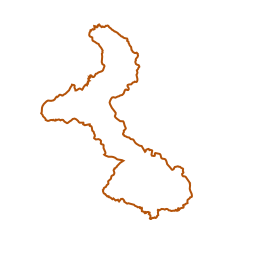 Sintang, Kalimantan Barat, Indonesia, rotated 44°
{"feature_id": "22746128B74245273608062", "entity_name": "Sintang", "entity_type": "district", "adm_level": 2, "iso_a3": "IDN", "parent_name": "Indonesia", "parent_adm1": "Kalimantan Barat", "projection": "albers", "projection_center": [111.256, 0.194], "detail": "fine", "context": "isolated", "style": "outline", "palette": "amber", "viewbox_px": 256, "rotation_deg": 44, "n_neighbors": 0, "source": "geoboundaries", "source_scale": "gbopen_adm2", "svg_char_len": 5798}
<svg xmlns="http://www.w3.org/2000/svg" viewBox="0 0 256 256"><g transform="rotate(44 128 128)"><path d="M210.5,171.8L210.0,170.9L210.3,169.7L208.0,167.8L207.6,166.9L206.5,166.4L206.4,166.0L207.8,165.2L208.4,162.9L210.0,161.6L211.2,161.1L211.5,160.0L212.1,159.3L212.8,158.9L214.7,158.8L215.6,158.0L216.7,157.7L218.3,155.7L219.2,155.0L219.1,153.8L219.3,153.6L219.9,153.4L220.6,153.6L221.1,153.1L221.6,151.9L220.1,151.4L219.9,150.8L220.3,150.5L221.1,150.5L221.6,150.1L221.8,148.6L223.0,147.2L223.1,146.6L222.7,145.9L221.6,145.6L221.3,145.2L221.5,144.5L222.2,143.7L222.1,142.7L223.0,140.7L221.4,139.2L220.8,138.2L221.2,135.8L220.9,134.7L221.6,133.5L221.6,133.0L220.7,132.0L219.4,131.1L216.6,130.0L214.7,128.9L212.3,125.9L211.0,125.1L210.9,124.6L203.5,123.1L202.4,123.4L201.3,124.4L200.3,124.4L199.4,124.0L198.8,123.4L198.9,121.9L198.7,121.4L197.4,120.9L196.1,119.2L195.6,119.1L194.1,119.7L192.4,119.8L191.6,120.5L190.5,120.9L188.8,123.5L188.8,124.1L189.4,125.8L189.1,127.1L188.5,127.5L185.7,127.1L181.4,126.8L178.6,125.2L176.8,124.6L175.8,124.9L174.0,126.2L173.1,126.4L172.2,126.1L170.2,124.8L168.9,124.6L165.2,126.9L165.0,127.6L166.2,128.9L166.5,129.6L165.9,130.3L164.4,131.3L163.4,130.9L161.2,127.5L160.7,127.4L159.2,128.2L158.8,129.0L157.4,128.7L157.1,129.0L156.2,130.9L156.3,131.6L156.9,132.6L156.8,133.3L150.3,131.5L148.6,132.7L145.0,133.5L143.2,133.5L140.2,132.7L139.4,132.8L137.6,134.1L135.6,134.0L133.7,135.2L132.4,135.5L130.9,136.2L130.1,135.9L129.0,136.1L128.3,135.4L127.8,133.7L126.8,132.8L127.0,130.8L126.6,129.7L123.9,128.6L120.9,126.8L119.8,126.6L117.6,128.5L113.8,129.0L111.5,129.1L110.3,128.6L109.5,126.6L108.5,125.6L102.4,124.7L98.7,123.4L97.1,122.5L96.3,121.0L95.6,118.9L95.4,117.2L96.0,116.1L97.9,114.9L98.7,112.6L99.5,111.3L99.7,110.1L100.9,108.2L100.9,106.2L99.6,103.2L99.5,102.3L99.9,101.6L101.1,101.2L101.7,100.6L101.6,99.6L101.2,99.2L100.6,98.8L98.7,98.3L98.2,97.9L97.9,97.2L98.5,96.0L100.0,94.3L99.9,92.0L100.6,90.7L100.6,90.0L102.0,89.2L102.2,88.3L101.5,87.0L100.6,86.1L97.2,83.9L96.8,82.5L96.2,81.5L94.3,80.4L94.3,78.8L93.6,77.1L93.7,76.3L93.3,75.8L92.0,75.4L90.5,76.2L89.2,76.4L87.6,75.6L87.0,74.9L86.7,73.8L85.9,73.3L85.6,72.3L85.5,70.2L84.9,68.9L84.0,68.5L83.7,67.9L81.9,67.8L81.4,68.8L80.5,69.5L78.3,69.9L77.2,69.4L76.3,69.4L74.0,67.6L71.8,67.4L70.1,66.6L69.4,66.5L68.3,65.6L66.8,65.9L66.3,64.8L65.3,64.3L62.9,65.8L61.8,66.2L60.6,66.1L59.8,66.7L58.7,66.8L56.9,66.7L56.4,67.0L54.5,66.8L51.8,67.5L51.3,67.9L49.0,68.1L48.5,68.4L46.7,68.3L44.4,68.6L43.0,68.2L42.2,68.4L41.7,69.4L41.1,69.8L41.0,71.6L40.7,72.0L40.0,72.2L39.5,72.9L39.0,72.9L38.8,73.8L37.9,73.7L36.8,73.9L36.2,73.7L35.7,74.4L35.2,74.0L35.0,74.9L35.6,75.9L35.5,76.3L35.8,76.6L35.7,77.2L35.0,77.6L34.5,77.1L32.9,78.1L35.2,79.9L34.9,81.1L33.9,81.5L33.7,83.0L33.4,83.3L33.7,83.9L33.3,84.0L33.8,84.9L34.1,86.1L35.5,88.1L36.8,88.6L39.4,87.7L41.3,89.4L42.0,89.7L44.5,89.0L46.7,88.7L48.5,88.0L50.1,88.6L53.1,89.0L56.0,89.9L56.3,90.7L57.4,91.5L57.6,92.7L59.9,94.6L63.3,98.8L65.2,99.8L67.2,99.4L68.1,99.8L69.8,103.6L69.9,104.4L69.7,105.5L68.1,108.6L67.9,110.3L67.2,111.4L67.9,113.9L67.9,115.1L67.3,115.8L65.2,115.7L64.5,116.0L64.3,116.3L64.6,117.5L65.0,117.9L64.7,118.1L65.1,118.2L65.1,118.5L65.3,118.3L65.2,118.8L65.6,118.7L65.3,120.0L65.7,120.1L65.7,120.4L66.5,120.6L66.6,120.9L67.3,120.8L67.1,121.2L67.3,122.0L67.0,122.4L67.4,122.7L67.3,122.9L67.6,123.2L67.3,123.2L67.6,124.0L67.4,124.3L67.9,124.0L68.0,124.7L68.0,124.1L68.3,124.3L68.1,125.1L68.3,125.3L67.8,125.3L67.6,126.0L67.9,126.5L67.5,126.7L67.4,127.3L67.7,129.6L68.3,131.2L68.4,132.4L66.6,132.8L65.8,133.2L65.4,134.1L64.8,136.7L64.1,137.5L63.2,136.8L61.5,136.2L60.2,134.6L59.3,134.6L57.6,135.8L58.1,136.5L58.4,138.7L59.4,141.8L59.2,146.9L58.5,149.0L58.5,150.0L58.0,150.5L56.8,150.8L55.9,151.4L55.7,151.8L55.8,153.8L55.6,154.9L55.0,155.0L54.9,155.9L55.4,158.4L55.1,160.0L53.8,161.9L51.4,163.8L50.9,165.3L50.8,169.2L51.3,171.6L52.1,173.2L55.0,176.6L55.3,177.7L57.3,177.9L58.7,178.6L61.7,178.6L62.8,179.0L63.2,179.4L65.2,178.7L66.0,177.9L66.7,176.2L67.8,174.9L68.4,174.7L68.6,174.0L69.8,173.8L70.5,173.3L70.8,172.8L70.3,172.2L71.5,171.3L72.4,169.8L74.1,169.4L74.3,168.6L75.1,167.7L75.7,167.3L77.9,167.5L80.7,166.9L81.1,166.4L81.5,163.5L81.9,162.3L82.0,159.9L83.1,158.3L84.8,157.7L87.1,157.6L88.4,157.9L89.5,157.8L92.2,155.2L92.6,155.4L93.2,156.5L95.0,156.0L97.6,152.2L98.0,151.9L98.8,153.0L99.3,153.0L99.9,152.4L100.7,152.3L101.7,152.8L104.1,154.7L105.9,154.6L107.6,155.6L108.6,155.9L109.8,156.8L110.1,158.0L110.8,158.9L112.8,158.6L114.5,156.5L116.1,155.9L117.5,156.0L119.3,158.1L120.0,158.1L121.8,157.2L122.4,157.3L124.3,159.4L128.6,161.2L129.2,161.7L129.5,162.6L129.4,163.7L130.8,163.5L133.8,162.3L136.2,160.0L137.6,159.1L139.3,158.4L142.1,158.0L146.0,155.3L147.4,154.8L146.6,158.4L146.6,163.0L146.9,163.7L146.6,165.9L146.4,166.4L146.8,166.8L146.6,167.3L147.0,168.4L149.2,169.6L149.9,170.5L150.2,171.8L149.6,173.4L149.6,174.3L150.8,176.1L151.0,176.7L150.7,179.7L150.8,180.2L152.5,181.6L152.7,182.1L152.4,183.9L153.0,185.7L152.5,187.1L152.4,188.0L152.9,188.7L153.0,189.9L153.3,189.9L154.0,190.9L155.7,191.7L156.7,191.7L157.6,191.3L158.3,191.6L158.8,191.5L160.7,191.6L160.9,191.0L161.5,190.5L162.4,191.0L163.7,190.2L166.2,190.1L166.4,188.8L169.3,188.8L169.7,187.9L170.4,187.5L170.6,186.6L172.6,187.0L172.3,183.8L173.4,182.7L175.4,182.8L175.9,183.0L176.4,183.6L179.9,183.0L180.5,181.9L185.7,179.0L187.1,179.1L189.0,178.3L190.0,178.3L191.4,176.7L192.2,177.3L192.7,177.2L193.3,175.8L193.7,175.9L194.9,177.4L195.8,178.2L197.6,177.2L198.4,177.4L198.8,176.5L199.0,176.6L199.1,177.4L199.4,177.5L200.0,176.7L199.7,175.7L200.8,174.4L202.3,173.8L202.6,174.0L202.7,175.4L204.8,175.3L205.9,176.3L206.6,177.9L207.3,177.9L207.8,177.4L208.0,175.7L208.7,175.2L209.2,173.9L209.4,173.7L210.1,173.8L210.5,173.3L210.5,171.8Z" fill="none" stroke="#b45309" stroke-width="2"/></g></svg>